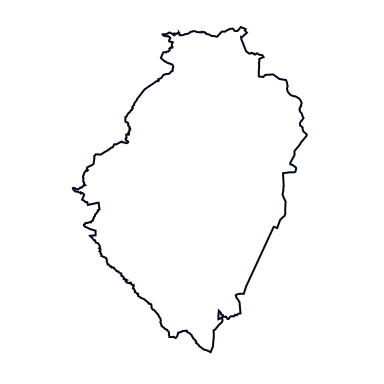 outline of Villa Hidalgo, Jalisco, Mexico, rotated 86°
{"feature_id": "50627088B61911650212714", "entity_name": "Villa Hidalgo", "entity_type": "district", "adm_level": 2, "iso_a3": "MEX", "parent_name": "Mexico", "parent_adm1": "Jalisco", "projection": "robinson", "projection_center": [-102.593, 21.663], "detail": "fine", "context": "isolated", "style": "outline", "palette": "ink", "viewbox_px": 384, "rotation_deg": 86, "n_neighbors": 0, "source": "geoboundaries", "source_scale": "gbopen_adm2", "svg_char_len": 5960}
<svg xmlns="http://www.w3.org/2000/svg" viewBox="0 0 384 384"><g transform="rotate(86 192 192)"><path d="M192.5,100.1L179.6,99.9L179.2,93.5L179.5,89.3L179.1,87.5L175.9,86.4L174.8,86.6L172.2,89.6L171.2,92.0L169.7,91.9L162.7,87.4L161.3,87.0L159.0,87.1L158.1,86.7L152.5,81.3L150.5,80.1L144.2,74.0L143.0,73.4L142.0,74.0L139.5,76.6L136.8,77.3L135.6,77.1L134.2,78.2L133.2,79.6L130.8,79.4L129.0,78.4L128.1,77.2L125.9,75.6L123.9,76.5L121.4,77.0L119.6,78.4L117.4,79.1L116.5,78.5L115.8,78.7L113.8,77.1L113.2,77.4L111.2,76.4L108.3,77.2L106.0,78.9L103.8,82.1L103.4,84.3L102.4,86.3L101.3,87.6L98.6,89.5L95.2,90.1L93.1,89.1L91.8,89.5L89.9,89.5L86.9,90.4L85.3,97.0L80.4,102.8L80.3,110.7L82.3,113.0L81.4,117.2L76.6,117.0L72.1,116.3L68.6,116.1L68.0,116.4L66.5,115.6L64.0,115.7L62.4,111.2L60.4,112.3L59.8,115.3L58.3,117.2L58.3,117.9L59.3,119.2L58.9,120.5L58.3,120.5L57.3,123.3L57.9,123.8L57.9,125.4L55.3,128.2L43.1,132.1L41.1,132.2L41.4,131.8L36.9,126.1L34.4,128.1L33.2,127.1L30.9,131.8L34.2,134.9L34.6,135.7L34.2,138.4L32.4,139.4L31.8,140.0L32.0,143.0L33.6,146.8L34.3,147.8L34.3,148.9L34.0,150.1L34.3,151.3L38.8,156.1L38.8,156.6L38.2,158.3L37.6,161.7L35.9,164.3L35.4,166.7L34.4,167.0L34.0,168.1L33.4,168.3L33.4,170.0L32.7,170.8L33.0,171.6L33.4,171.8L33.3,172.7L32.8,175.7L31.7,178.3L31.6,179.6L32.1,180.9L32.0,182.2L33.1,183.2L34.0,185.6L34.0,187.5L34.7,189.6L34.9,191.7L34.6,193.5L33.0,193.4L32.3,193.8L32.5,193.8L32.3,194.9L32.6,195.7L33.1,196.0L33.2,196.9L32.6,198.7L33.5,198.9L33.8,198.1L34.5,198.6L31.4,202.8L31.4,203.7L32.7,206.5L32.7,210.4L33.0,210.4L34.4,208.7L34.5,207.7L35.1,206.3L34.7,205.1L36.6,203.0L37.1,202.9L38.4,203.9L40.0,204.4L40.4,203.9L41.1,200.8L41.6,200.7L42.8,201.7L44.4,201.9L44.9,202.0L45.9,201.3L46.8,201.9L46.6,203.4L47.3,204.6L48.9,204.3L50.2,205.7L50.2,207.0L50.6,208.0L51.0,208.3L50.5,210.3L50.9,211.1L56.1,213.7L59.8,210.2L59.8,209.5L61.3,207.9L61.4,207.3L62.1,206.2L62.3,204.9L63.1,204.1L63.2,203.2L63.7,202.6L66.1,201.9L68.6,203.0L69.7,202.8L70.2,203.2L70.5,204.5L72.2,206.2L72.7,207.9L72.4,209.5L73.0,211.1L73.0,212.1L76.2,214.8L77.2,217.8L78.4,217.4L79.1,217.8L78.9,219.3L79.1,219.8L86.3,232.1L95.7,240.5L96.5,240.7L99.7,243.5L101.3,243.7L101.8,244.6L103.2,245.7L104.1,245.1L104.7,245.7L105.8,246.0L106.1,247.1L107.8,248.3L108.3,248.8L108.5,249.6L109.7,250.4L110.5,251.2L111.8,251.8L112.4,252.5L112.6,253.2L116.8,253.6L117.8,253.0L118.1,251.5L119.1,250.9L121.4,250.7L121.4,250.9L122.4,250.4L122.9,249.7L123.4,249.5L124.3,249.9L125.0,249.2L125.8,250.1L126.5,249.9L128.3,251.3L129.0,250.7L130.3,250.8L130.4,251.0L129.6,251.6L130.1,252.9L130.9,253.3L130.7,253.6L133.6,253.6L133.8,254.3L134.6,254.6L135.9,254.2L136.8,252.5L138.0,252.2L138.8,253.9L137.9,256.2L137.6,258.0L137.0,258.1L136.8,258.9L138.9,263.5L139.3,265.0L138.9,265.8L139.2,266.4L141.5,267.7L142.2,268.8L142.2,269.7L143.9,271.8L143.8,272.4L144.6,273.1L146.1,276.5L148.3,280.3L147.7,285.4L149.2,286.6L149.4,287.1L151.7,287.0L152.0,287.3L152.9,287.3L157.0,288.2L158.6,290.4L158.6,291.1L160.2,294.9L161.9,295.4L162.9,294.3L163.6,294.8L163.4,296.5L163.9,297.0L165.9,298.4L167.4,298.8L167.6,299.2L169.8,299.8L170.3,299.3L174.1,299.8L175.1,298.9L176.5,299.1L177.7,298.1L178.0,299.8L178.6,300.0L178.9,300.7L179.8,301.4L179.7,303.1L180.4,303.4L181.2,305.2L181.2,307.1L180.0,308.6L179.6,310.1L179.8,310.6L181.6,310.0L183.4,308.3L183.7,305.6L184.2,305.4L185.0,303.6L184.5,303.0L184.8,302.7L185.6,302.8L185.4,301.7L186.0,300.5L187.2,299.8L187.7,299.9L192.0,302.2L193.3,300.0L194.8,298.9L194.6,297.5L195.2,297.1L197.6,296.8L196.1,285.9L202.9,285.5L203.5,286.9L203.9,286.7L204.7,287.6L205.3,287.6L206.1,288.6L207.0,289.0L207.8,290.3L209.2,290.5L209.9,291.3L211.4,291.8L211.7,292.4L213.6,292.8L214.3,294.7L215.2,294.8L215.1,297.0L215.6,298.5L215.4,300.4L216.5,300.9L217.0,302.1L217.6,302.2L219.2,301.2L220.4,298.5L221.5,297.1L223.9,290.9L228.5,291.2L228.6,296.8L229.4,296.3L230.0,295.4L233.4,293.0L233.4,292.1L235.7,291.5L236.6,289.3L238.5,288.2L240.4,287.5L241.6,288.6L242.7,287.3L244.4,288.3L244.6,287.5L247.1,287.6L247.5,286.9L248.3,286.6L249.5,286.9L251.7,282.4L252.6,282.2L253.0,281.7L255.8,281.9L257.0,281.3L258.5,281.2L258.6,280.1L260.6,278.8L260.5,277.9L261.0,277.5L261.8,277.4L261.9,275.3L262.6,275.1L265.8,272.5L266.1,272.0L266.0,271.2L266.7,270.8L268.2,269.1L268.4,268.2L270.8,268.2L271.0,267.2L272.0,266.3L273.8,266.2L273.5,265.7L274.4,265.0L274.3,264.6L275.2,263.2L275.4,263.9L276.0,264.4L276.3,264.4L276.5,263.8L277.2,263.4L277.7,263.5L278.6,261.1L278.0,259.6L278.7,259.1L280.1,258.9L280.6,256.7L281.7,256.6L282.0,257.1L284.0,257.7L284.3,256.9L285.6,256.5L286.3,255.8L287.9,256.0L288.6,254.6L289.8,253.8L289.8,252.9L291.9,253.1L293.2,251.1L294.1,250.3L295.5,247.3L299.9,242.7L300.0,243.1L300.3,243.0L301.2,240.5L304.9,240.3L306.6,239.4L306.6,238.9L307.5,237.7L311.3,235.0L311.8,234.3L313.9,233.7L316.0,232.4L318.2,232.0L319.5,232.7L320.3,232.2L321.6,232.2L322.4,231.7L323.5,231.8L325.7,229.2L326.9,228.3L327.7,226.5L328.6,226.2L329.6,225.1L331.3,224.7L333.2,225.0L334.2,224.5L335.0,224.7L335.4,222.4L335.1,220.6L336.4,218.9L336.5,218.5L334.8,216.8L331.5,215.6L331.6,215.3L331.1,214.5L330.9,212.6L330.1,211.4L329.9,207.0L330.4,206.6L331.2,206.8L332.3,204.9L334.6,202.4L336.2,202.0L337.5,200.9L338.2,201.0L340.2,198.9L341.1,198.9L341.7,198.2L342.8,198.5L344.8,196.2L346.1,195.8L348.5,192.7L349.5,192.0L351.6,187.0L353.1,184.6L347.8,182.0L337.3,180.3L331.6,180.1L330.8,178.5L326.6,174.6L324.0,171.3L322.1,170.4L320.8,170.7L319.4,171.5L320.3,172.8L320.8,174.5L317.3,174.3L312.4,173.5L314.5,171.7L316.3,171.5L316.7,169.9L318.9,169.8L318.7,166.7L321.0,165.6L321.2,164.8L321.1,164.2L320.0,163.5L318.7,161.9L318.9,158.7L317.4,157.6L318.1,156.0L316.7,154.4L316.5,152.1L305.2,152.3L302.2,153.8L300.6,155.0L298.0,155.6L297.5,154.9L296.8,151.6L297.2,147.5L289.8,144.5L232.4,112.9L232.3,112.7L233.9,109.5L226.1,106.1L223.2,102.8L222.6,101.5L219.9,100.4L216.5,100.3L207.9,99.3L205.0,100.6L200.7,101.9L197.1,100.8L193.6,100.5L192.5,100.1Z" fill="none" stroke="#020617" stroke-width="2"/></g></svg>